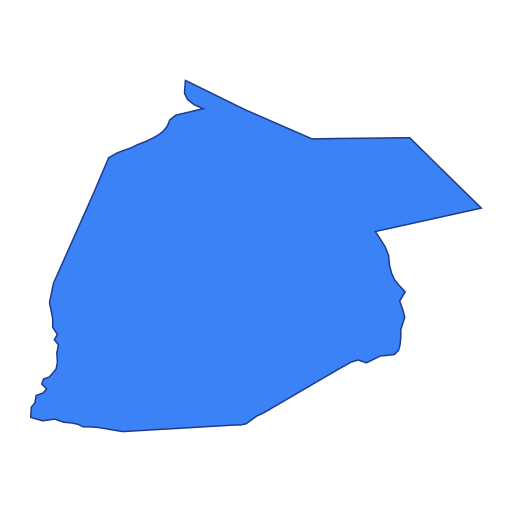 the district of Reriutaba, Ceará, Brazil
{"feature_id": "56859067B92344183297275", "entity_name": "Reriutaba", "entity_type": "district", "adm_level": 2, "iso_a3": "BRA", "parent_name": "Brazil", "parent_adm1": "Ceará", "projection": "orthographic", "projection_center": [-40.625, -4.113], "detail": "fine", "context": "isolated", "style": "filled", "palette": "blue", "viewbox_px": 512, "rotation_deg": 0, "n_neighbors": 0, "source": "geoboundaries", "source_scale": "gbopen_adm2", "svg_char_len": 1176}
<svg xmlns="http://www.w3.org/2000/svg" viewBox="0 0 512 512"><path d="M185.4,80.4L184.9,87.0L184.5,93.4L187.6,99.5L194.3,104.8L203.1,108.7L175.9,115.1L169.8,119.9L167.2,126.3L162.9,131.5L158.3,135.0L152.6,138.2L145.4,141.6L137.6,144.6L130.7,148.0L123.4,150.5L117.0,153.0L108.7,157.7L94.0,192.2L91.5,197.9L53.5,283.2L49.5,302.5L50.9,309.5L52.7,318.6L52.7,327.3L57.4,334.5L54.3,339.7L58.4,344.8L56.8,353.1L57.4,362.0L56.2,368.7L53.0,372.8L49.3,377.0L43.5,379.0L41.7,384.0L46.6,388.8L43.2,392.9L36.2,395.5L34.8,403.0L31.3,407.2L30.7,417.4L42.6,420.8L54.6,419.1L63.5,422.2L72.1,423.0L78.2,424.4L83.0,426.8L89.9,426.9L97.6,427.4L122.7,431.6L231.4,425.2L240.9,424.9L246.1,423.8L251.4,419.9L256.9,416.0L263.9,412.7L321.6,379.0L337.3,369.9L351.0,362.1L358.0,360.0L366.4,362.8L374.2,359.0L380.4,355.9L387.2,355.4L394.4,354.5L398.5,350.4L400.0,345.1L400.8,337.8L400.8,329.5L402.7,323.6L404.7,317.7L403.3,311.3L399.7,301.0L405.2,291.9L398.8,285.0L394.7,279.9L391.7,273.6L389.6,265.8L388.6,255.5L385.0,246.5L379.7,238.2L375.3,231.5L481.3,208.1L436.8,164.5L409.7,137.7L337.0,138.5L312.0,138.9L281.5,125.6L244.8,109.6L185.4,80.4Z" fill="#3b82f6" stroke="#1e3a8a" stroke-width="1.5"/></svg>